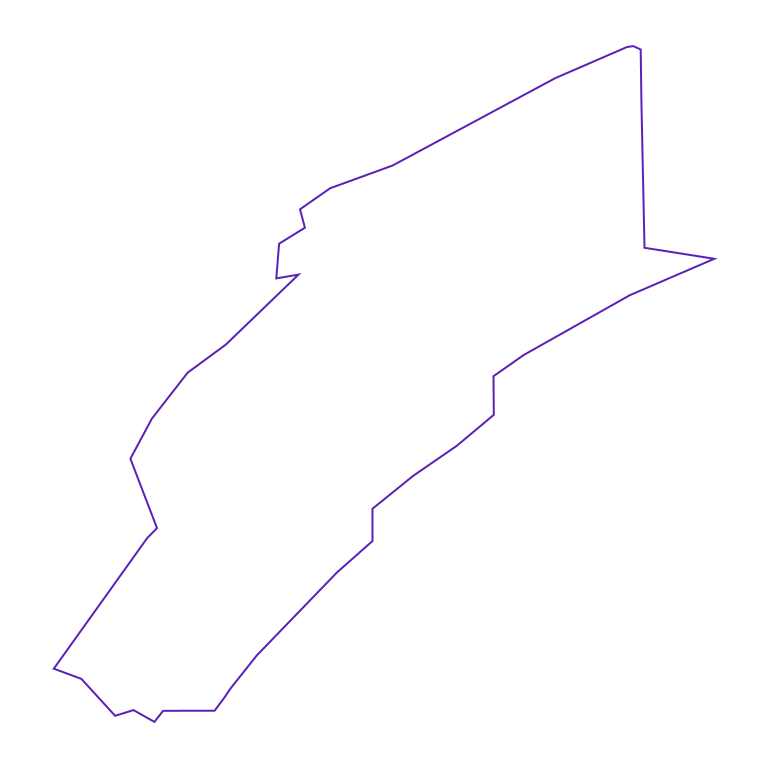 Mifflin, Pennsylvania, United States of America (orthographic projection)
{"feature_id": "52423323B27550488562825", "entity_name": "Mifflin", "entity_type": "district", "adm_level": 2, "iso_a3": "USA", "parent_name": "United States of America", "parent_adm1": "Pennsylvania", "projection": "orthographic", "projection_center": [-77.632, 40.604], "detail": "fine", "context": "isolated", "style": "outline", "palette": "violet", "viewbox_px": 768, "rotation_deg": 0, "n_neighbors": 0, "source": "geoboundaries", "source_scale": "gbopen_adm2", "svg_char_len": 601}
<svg xmlns="http://www.w3.org/2000/svg" viewBox="0 0 768 768"><path d="M714.2,258.8L644.5,247.8L641.4,101.1L640.7,49.5L633.3,46.1L627.0,47.0L555.3,78.1L392.6,165.5L330.2,188.2L300.0,209.3L304.9,227.7L279.1,243.7L276.3,278.4L298.5,274.6L225.8,344.6L187.7,372.6L151.9,418.6L130.4,458.7L157.0,528.1L147.1,538.2L53.8,668.7L81.4,678.9L115.1,715.8L133.5,710.1L154.4,721.9L163.1,710.8L214.6,710.7L224.8,697.0L230.5,688.5L256.8,655.4L337.1,572.3L372.5,541.0L372.5,508.7L413.1,475.9L456.9,445.7L493.8,414.8L493.5,376.2L523.7,355.0L629.8,295.2L714.2,258.8Z" fill="none" stroke="#5b21b6" stroke-width="2"/></svg>